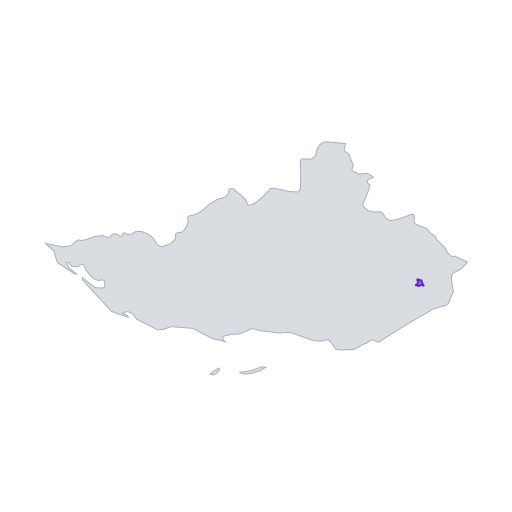 location of San Juan de Opoa, Copán, Honduras, rotated 188°
{"feature_id": "27666195B15597094221722", "entity_name": "San Juan de Opoa", "entity_type": "district", "adm_level": 2, "iso_a3": "HND", "parent_name": "Honduras", "parent_adm1": "Copán", "projection": "mercator", "projection_center": [-88.695, 14.809], "detail": "fine", "context": "in_parent", "style": "filled", "palette": "violet", "viewbox_px": 512, "rotation_deg": 188, "n_neighbors": 0, "source": "geoboundaries", "source_scale": "gbopen_adm2", "svg_char_len": 3804}
<svg xmlns="http://www.w3.org/2000/svg" viewBox="0 0 512 512"><g transform="rotate(188 256 256)"><path d="M466.1,239.2L448.7,238.2L440.4,240.4L436.8,245.2L433.7,247.4L431.1,246.9L425.9,248.8L418.0,253.1L410.9,254.8L404.6,253.7L402.8,254.8L402.3,256.2L401.3,257.6L398.8,258.3L396.0,257.9L392.8,256.4L391.2,257.1L391.0,259.9L389.3,260.7L386.0,259.3L382.4,260.3L378.3,263.7L372.6,264.4L365.3,262.5L359.6,258.8L355.6,253.4L350.8,252.1L342.3,256.1L338.8,260.8L338.0,263.6L338.9,266.2L337.3,268.0L333.4,268.8L330.4,272.0L328.4,277.5L328.0,281.7L329.2,284.7L327.2,286.9L322.1,288.3L316.0,293.1L309.0,301.1L302.1,306.7L295.1,309.9L291.8,313.5L292.0,317.3L291.6,318.6L290.3,319.0L288.1,319.5L274.7,311.1L270.9,305.2L267.6,306.1L263.4,309.1L257.5,315.7L251.1,324.7L248.1,325.7L232.3,324.4L223.9,325.2L222.2,326.4L221.4,329.7L221.9,334.1L224.2,350.0L225.5,356.5L224.2,358.6L220.0,358.9L214.5,359.8L211.4,362.8L210.7,365.9L210.4,370.2L208.7,374.6L205.3,377.8L201.9,378.9L183.1,379.8L183.4,372.4L177.9,369.5L174.8,363.4L172.1,359.2L173.0,356.7L172.8,353.8L165.1,351.5L157.9,353.3L153.8,352.1L150.8,350.6L156.0,346.9L156.3,344.7L154.7,343.1L152.9,342.1L153.5,338.0L154.5,333.1L157.5,321.8L156.4,319.8L151.6,316.4L145.5,316.0L138.8,317.1L135.6,315.3L132.7,311.4L127.9,309.6L119.5,312.7L110.5,317.4L107.8,319.1L105.5,318.9L104.5,315.4L104.0,311.2L103.5,310.2L98.7,308.7L93.1,307.6L90.3,306.5L87.6,303.7L80.9,300.0L79.4,297.3L70.4,291.0L68.6,288.0L66.6,285.7L62.3,282.8L58.9,283.5L47.6,280.0L45.9,279.6L47.5,276.5L51.0,271.7L58.8,266.3L59.5,261.9L57.4,253.6L55.4,248.1L56.5,245.7L58.9,236.0L60.8,233.7L72.1,228.7L73.1,228.1L82.0,221.1L91.8,213.5L102.1,205.0L113.5,195.5L119.8,190.0L122.7,187.6L129.3,189.5L134.5,185.0L137.5,183.5L144.5,178.1L146.6,177.0L158.4,174.8L164.0,174.8L169.0,180.3L172.9,183.2L180.3,180.7L186.5,180.1L212.2,185.2L222.3,183.0L241.1,182.5L249.5,183.7L261.3,176.6L269.0,175.1L277.9,171.8L276.7,168.3L274.6,166.8L288.2,168.3L308.6,175.6L330.2,174.2L338.1,170.3L343.1,169.2L365.3,176.7L371.1,182.4L375.7,183.0L379.2,181.7L380.2,180.5L375.8,179.2L373.9,177.4L391.3,181.0L424.3,208.1L424.9,210.3L410.9,202.3L403.4,202.9L401.5,204.2L401.9,208.6L402.6,210.6L405.8,210.8L408.2,209.7L414.0,211.1L417.8,214.0L422.5,218.5L425.3,223.3L428.3,223.4L431.2,220.5L436.8,220.1L440.5,223.4L443.0,223.2L439.4,218.1L431.0,213.1L433.0,212.9L451.8,221.9L457.1,233.2L461.5,235.8L466.1,239.2ZM245.2,141.8L234.3,147.3L230.9,147.2L235.9,142.9L243.9,139.3L250.7,137.5L256.3,138.3L245.2,141.8ZM282.3,135.9L277.2,140.0L276.3,138.2L278.7,134.4L281.9,132.2L284.9,132.4L284.1,134.1L282.3,135.9Z" fill="#d9dde1" stroke="#a8b0b8" stroke-width="1"/><path d="M93.1,255.4L93.1,255.2L93.0,254.9L92.9,254.8L92.8,254.7L93.0,254.5L93.0,254.4L92.9,254.3L92.7,254.3L92.7,254.2L92.4,254.2L92.2,254.1L92.1,253.9L92.1,253.7L92.2,253.4L92.2,253.2L92.1,252.9L92.2,252.7L92.3,252.5L92.3,252.4L92.3,252.2L92.2,251.9L92.2,251.7L92.3,251.4L92.4,251.1L92.5,251.0L92.5,250.9L92.6,250.7L92.7,250.4L92.8,250.4L92.9,250.2L93.0,250.2L93.3,250.1L93.3,249.9L93.5,249.9L93.8,249.7L94.0,249.4L93.9,249.2L93.8,248.9L93.8,249.0L93.7,249.0L93.4,249.0L93.2,249.0L92.9,249.0L92.7,249.1L92.4,249.1L92.2,249.1L91.9,249.0L91.9,248.9L91.7,248.8L91.4,248.8L91.2,248.9L91.1,249.0L90.9,249.0L90.7,249.1L90.5,248.9L90.4,248.9L90.4,249.0L90.2,248.9L90.0,249.0L89.9,249.0L89.7,249.2L89.7,249.3L89.6,249.5L89.4,249.7L89.4,249.8L88.3,250.2L88.1,250.4L87.6,250.7L87.4,250.3L86.7,250.0L86.6,249.9L86.4,249.8L86.4,250.0L86.2,250.2L86.2,250.3L85.9,250.4L87.2,251.7L87.2,251.8L87.3,251.8L87.3,252.0L87.8,253.6L88.6,254.7L88.8,254.8L88.9,255.0L89.0,254.9L89.1,255.0L89.2,254.9L89.3,254.9L89.5,254.9L89.8,254.9L90.0,254.9L90.3,254.9L90.4,255.0L90.5,255.1L90.8,255.1L91.0,255.1L91.2,255.3L91.3,255.4L91.3,255.5L93.1,255.4Z" fill="#8b5cf6" stroke="#5b21b6" stroke-width="1.5"/></g></svg>